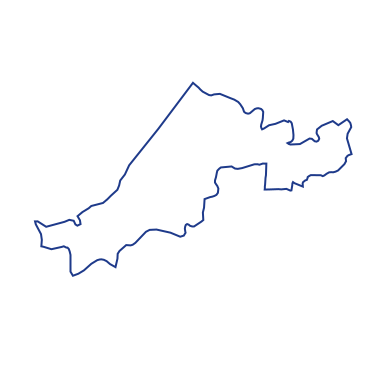 the border of Leiria, rotated 17°
{"feature_id": "PRT-740", "entity_name": "Leiria", "entity_type": "District", "adm_level": 1, "iso_a3": "PRT", "parent_name": "Portugal", "parent_adm1": "", "projection": "robinson", "projection_center": [-8.666, 39.654], "detail": "fine", "context": "isolated", "style": "outline", "palette": "blue", "viewbox_px": 384, "rotation_deg": 17, "n_neighbors": 0, "source": "natural_earth", "source_scale": "10m", "svg_char_len": 2722}
<svg xmlns="http://www.w3.org/2000/svg" viewBox="0 0 384 384"><g transform="rotate(17 192 192)"><path d="M63.8,288.0L62.4,281.7L59.9,276.4L52.1,268.6L50.5,266.0L53.0,265.2L62.7,267.9L78.8,257.8L82.8,254.5L87.3,254.1L90.0,257.1L92.2,257.7L94.8,255.3L93.1,251.8L89.6,248.6L93.1,243.2L98.0,237.7L99.8,234.8L103.9,232.3L110.1,228.5L113.3,223.5L115.5,219.3L120.0,211.7L120.4,207.1L120.0,202.0L122.7,194.9L124.1,184.8L141.3,141.5L161.0,87.3L162.3,87.9L167.9,90.3L169.9,91.5L172.9,92.9L179.9,94.3L182.1,94.0L184.6,92.2L190.0,90.0L201.1,91.0L205.4,91.3L209.9,92.4L212.5,94.0L216.2,97.1L218.2,99.9L218.8,100.3L220.4,100.8L222.7,100.7L223.8,100.1L224.4,99.6L227.8,94.3L229.3,93.2L230.8,92.5L232.5,92.4L233.8,92.4L235.3,93.1L236.7,94.6L238.1,100.5L238.5,102.9L238.5,107.2L238.8,109.2L239.7,110.6L240.7,111.6L242.2,110.3L246.2,105.6L251.9,102.4L259.1,96.6L263.4,97.0L263.9,95.7L265.8,95.9L267.3,97.1L270.3,102.8L272.4,107.9L273.3,111.4L272.9,113.6L271.7,115.4L270.1,116.4L269.1,117.3L270.6,117.8L272.3,117.8L281.2,114.6L288.8,106.5L291.1,106.1L294.5,107.6L296.4,107.4L297.7,106.1L298.1,103.9L297.2,102.4L294.6,100.1L293.9,99.2L293.5,97.2L293.3,95.6L296.7,90.7L305.9,83.0L312.4,85.3L319.0,77.1L321.8,78.7L323.2,79.7L324.5,81.7L325.3,83.4L323.8,90.8L324.5,95.4L333.5,109.1L331.1,110.9L330.1,112.0L329.1,114.7L329.7,116.1L330.1,117.1L330.3,117.5L329.6,120.8L325.4,128.7L323.3,130.6L321.2,131.9L319.4,132.3L317.4,133.1L315.4,135.2L313.7,137.5L312.4,138.6L310.3,138.3L300.7,141.1L299.5,142.3L298.3,143.8L298.4,145.1L298.3,146.8L296.9,147.8L295.3,150.2L295.3,151.4L296.4,154.4L287.4,153.6L285.7,153.0L285.5,154.3L285.9,156.2L286.6,161.4L285.6,161.9L281.4,161.4L276.6,163.4L273.8,164.0L264.8,167.1L260.8,168.4L260.6,167.2L260.1,165.6L259.7,163.4L258.2,157.1L257.8,154.3L254.8,143.1L251.4,144.1L248.5,146.2L246.5,146.3L243.5,147.3L232.9,154.5L229.0,156.5L226.3,157.0L222.4,156.0L212.4,160.1L211.2,161.8L210.0,164.2L210.1,166.2L210.6,170.9L210.6,174.1L211.2,176.2L212.7,177.5L214.5,178.9L216.2,181.0L217.0,185.2L216.2,187.6L214.6,189.2L212.8,190.5L210.8,191.6L206.1,195.1L208.1,203.5L208.4,208.4L211.0,215.5L209.6,217.6L204.0,224.4L202.2,224.9L200.0,224.9L198.4,224.2L196.7,224.1L195.7,225.3L195.6,227.1L195.9,229.2L197.3,232.1L197.7,232.7L197.7,233.2L197.4,234.1L196.9,236.1L193.8,238.2L183.3,237.2L169.0,238.3L162.6,240.6L159.6,243.5L152.7,257.2L150.7,259.8L148.9,261.0L144.6,262.0L139.9,269.6L139.0,272.8L140.2,277.6L140.8,286.2L134.7,284.9L130.6,283.1L127.5,282.6L125.0,282.9L123.5,283.5L121.3,284.9L116.7,290.1L111.6,298.5L107.2,303.4L102.6,306.9L99.1,303.7L94.2,287.7L92.4,284.6L90.8,282.5L89.2,281.6L88.1,281.9L85.3,281.4L83.5,282.6L74.3,287.8L65.9,287.8L63.8,288.0L63.8,288.0Z" fill="none" stroke="#1e3a8a" stroke-width="2"/></g></svg>